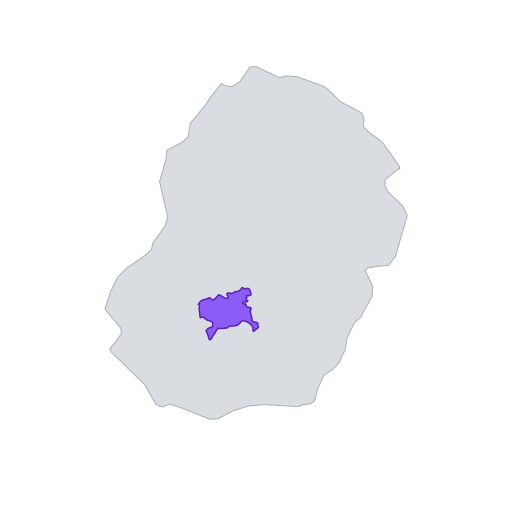 Štip highlighted on a map of North Macedonia, rotated 131°
{"feature_id": "MKD-2911", "entity_name": "Štip", "entity_type": "Statistical Region", "adm_level": 1, "iso_a3": "MKD", "parent_name": "North Macedonia", "parent_adm1": "", "projection": "orthographic", "projection_center": [22.131, 41.705], "detail": "fine", "context": "in_parent", "style": "filled", "palette": "violet", "viewbox_px": 512, "rotation_deg": 131, "n_neighbors": 0, "source": "natural_earth", "source_scale": "10m", "svg_char_len": 3281}
<svg xmlns="http://www.w3.org/2000/svg" viewBox="0 0 512 512"><g transform="rotate(131 256 256)"><path d="M234.2,136.9L241.8,138.0L258.5,133.3L268.9,126.8L274.1,125.8L281.1,123.3L291.2,123.7L301.4,126.6L314.4,122.8L327.2,116.7L332.3,118.2L337.8,123.4L341.5,124.8L362.8,152.4L374.4,163.5L388.2,171.9L403.9,178.0L409.6,183.9L419.8,213.2L424.7,224.3L431.4,227.6L433.0,230.8L433.4,235.0L426.1,255.7L423.5,302.0L421.6,305.7L413.7,305.6L403.2,306.7L399.2,310.3L395.2,335.2L378.3,342.4L362.9,346.5L350.0,345.7L327.2,339.8L319.7,339.2L313.4,342.5L293.0,344.3L284.1,348.7L263.0,377.7L241.7,387.6L234.4,392.7L218.1,386.1L210.4,385.4L199.0,392.7L174.3,393.2L167.6,394.4L148.6,395.3L147.8,391.3L144.4,385.4L135.5,382.5L117.4,384.6L113.0,380.3L106.0,355.4L100.2,351.3L93.9,342.9L83.4,315.9L83.3,304.1L84.2,293.8L78.6,269.6L82.5,263.6L88.2,259.9L88.4,250.2L87.1,235.4L94.3,206.6L96.1,204.6L97.8,206.0L113.9,208.6L118.1,205.0L120.8,199.3L122.0,178.2L126.0,168.5L165.0,150.4L176.4,149.9L185.0,158.5L191.9,164.0L196.0,163.9L197.6,158.4L202.4,147.9L210.4,141.9L234.0,136.9L234.2,136.9Z" fill="#d9dde1" stroke="#a8b0b8" stroke-width="1"/><path d="M302.6,253.2L301.4,251.9L300.4,250.0L299.9,249.4L298.5,248.8L297.2,248.7L296.0,247.7L295.6,247.4L295.0,246.8L293.0,245.7L291.5,245.5L289.2,245.8L288.7,245.4L288.5,244.3L288.5,243.3L287.9,242.7L286.8,241.9L285.8,240.9L285.4,240.1L285.6,238.8L285.9,237.8L286.5,237.0L287.2,236.2L287.8,234.9L288.7,234.4L289.4,234.4L290.1,234.9L291.2,235.9L291.6,236.6L292.4,237.3L292.9,237.1L293.2,236.4L293.4,235.5L294.0,235.4L294.5,235.4L295.4,235.3L295.6,234.8L295.6,234.1L295.1,233.5L295.1,232.9L295.6,232.8L296.1,232.6L296.3,232.8L297.5,233.7L298.3,234.9L299.2,235.3L300.0,235.3L300.5,234.8L300.2,233.4L299.5,233.1L299.0,232.6L299.2,231.9L299.5,231.3L300.2,231.1L300.3,229.8L299.9,228.5L299.2,227.5L298.6,226.3L298.6,225.5L299.1,225.0L299.7,224.8L300.8,224.5L301.6,224.3L302.5,222.8L303.6,221.3L304.7,219.9L305.7,218.1L306.5,217.5L307.4,217.0L307.5,215.9L307.3,214.8L306.7,213.9L306.3,212.8L305.7,212.1L305.6,210.7L305.8,210.0L306.7,209.7L307.4,209.1L307.8,208.4L307.8,207.7L308.5,207.5L309.5,207.5L310.6,207.6L311.5,208.1L312.3,208.3L312.7,208.3L313.2,208.1L313.5,207.9L314.1,208.3L314.4,208.9L314.5,209.1L312.3,211.1L311.1,213.5L311.1,216.1L311.5,219.3L312.5,222.0L313.6,223.8L315.2,224.1L317.9,224.2L320.0,224.5L322.0,225.7L324.5,228.0L326.2,230.0L327.8,230.4L329.0,230.5L331.8,232.9L333.8,235.0L335.4,237.1L338.3,237.1L342.0,236.3L345.0,236.1L347.0,235.4L349.0,235.5L349.7,236.3L349.4,236.9L348.6,238.3L347.4,240.1L346.3,242.2L345.9,243.3L345.3,244.6L344.2,244.8L342.7,244.7L341.2,244.2L339.9,243.7L339.2,243.1L338.1,242.4L337.2,242.6L336.2,243.7L334.9,245.0L334.5,246.0L335.0,247.5L335.9,249.8L336.4,250.5L336.6,252.0L336.7,253.9L336.7,255.2L337.3,256.5L338.5,257.3L339.0,257.5L338.4,258.7L336.8,260.2L335.1,262.1L333.5,263.9L332.2,264.9L330.9,266.0L330.2,266.7L330.1,267.6L330.2,267.8L329.1,268.0L326.5,268.1L324.1,267.4L322.0,265.9L320.5,265.0L319.0,264.3L317.9,263.6L317.9,260.9L317.5,259.7L315.2,258.9L313.4,258.9L311.5,258.7L310.4,259.0L309.5,258.3L308.9,256.6L308.7,254.5L308.2,252.4L307.7,251.1L307.2,250.3L306.5,249.6L305.5,249.7L304.8,251.0L304.4,252.3L303.9,252.9L303.2,253.2L302.6,253.2Z" fill="#8b5cf6" stroke="#5b21b6" stroke-width="1.5"/></g></svg>